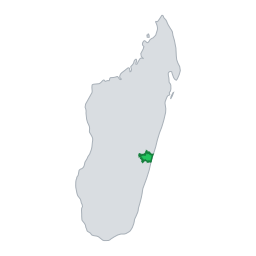 Nosy-Varika, Vatovavy-Fitovinany, Madagascar shown in context
{"feature_id": "10022922B12403701465046", "entity_name": "Nosy-Varika", "entity_type": "district", "adm_level": 2, "iso_a3": "MDG", "parent_name": "Madagascar", "parent_adm1": "Vatovavy-Fitovinany", "projection": "robinson", "projection_center": [48.047, -20.536], "detail": "fine", "context": "in_parent", "style": "filled", "palette": "green", "viewbox_px": 256, "rotation_deg": 0, "n_neighbors": 0, "source": "geoboundaries", "source_scale": "gbopen_adm2", "svg_char_len": 6226}
<svg xmlns="http://www.w3.org/2000/svg" viewBox="0 0 256 256"><path d="M166.6,21.2L167.3,23.0L168.1,24.7L170.5,28.7L171.6,30.3L172.4,31.9L172.9,35.2L174.4,40.4L175.9,48.1L176.3,56.0L176.7,59.7L177.9,63.1L179.7,66.6L180.3,70.6L179.2,74.6L177.5,78.5L177.1,79.2L176.3,80.2L176.0,80.1L174.6,79.1L173.6,77.5L172.2,73.7L171.7,71.8L171.1,71.5L169.5,71.6L168.4,72.8L168.2,73.6L168.4,75.7L168.8,77.7L169.0,79.6L169.1,82.1L169.5,82.9L170.1,83.5L170.8,85.1L170.9,88.9L170.5,90.9L169.3,92.6L169.4,93.5L169.8,94.4L169.4,95.0L167.9,95.7L167.3,96.4L166.5,98.1L165.2,101.5L165.0,103.3L165.8,108.7L165.6,112.5L163.9,119.8L162.9,123.3L161.6,127.5L159.5,132.9L157.4,139.8L155.7,146.8L154.4,151.1L152.9,155.3L150.9,162.6L149.2,170.1L146.6,178.4L143.2,187.6L142.8,188.8L142.1,193.5L141.3,197.6L140.3,201.6L138.4,208.3L138.2,210.3L137.7,212.3L135.9,216.5L135.1,218.1L134.5,219.7L134.2,221.8L133.7,223.8L132.3,227.6L130.3,230.8L128.9,231.9L125.9,233.6L124.3,234.0L121.0,234.0L117.7,235.0L114.3,236.8L111.0,238.9L109.8,239.9L108.4,240.5L104.1,240.6L102.8,240.2L98.4,236.7L96.7,236.1L93.5,235.6L92.6,235.3L91.7,234.9L90.4,233.1L87.8,231.5L87.2,231.0L86.8,230.0L86.5,228.8L85.9,227.6L85.4,225.1L84.5,223.4L82.1,220.4L81.9,219.4L81.7,216.2L81.7,214.1L81.5,210.1L81.7,208.2L82.5,206.6L82.2,204.7L81.3,202.8L80.9,200.9L80.3,199.1L77.8,195.8L77.2,194.2L76.8,192.6L75.8,187.4L75.7,185.6L75.8,181.8L76.1,179.9L76.7,178.5L76.8,177.5L77.2,176.6L77.8,175.9L78.2,175.1L79.1,170.3L80.3,169.2L82.0,168.6L83.4,167.3L84.2,165.6L85.0,162.1L87.1,158.6L87.9,156.7L89.7,154.0L91.2,150.0L91.7,148.2L92.0,146.3L92.4,142.2L92.7,140.1L92.6,138.1L91.7,136.0L89.5,132.2L89.4,131.5L89.6,128.6L89.4,126.6L88.6,124.6L87.6,122.6L86.6,119.0L86.0,113.1L86.1,111.0L85.8,109.1L85.1,107.2L85.6,104.1L92.0,92.6L92.2,91.2L91.9,87.7L92.0,85.7L92.2,84.9L92.7,84.5L93.8,84.2L99.0,83.7L99.7,83.4L101.0,82.4L102.8,80.5L103.6,80.0L104.3,80.2L104.8,81.0L105.3,81.4L107.4,80.6L108.2,80.6L109.1,80.7L109.5,79.9L109.7,78.9L110.0,78.1L110.5,77.7L113.3,77.5L115.0,77.2L117.2,76.5L117.7,76.6L119.5,79.2L120.1,79.5L120.8,79.6L121.4,79.1L119.9,77.7L119.7,76.9L119.8,76.0L120.5,74.1L121.8,72.7L124.7,70.5L127.8,68.0L128.6,67.8L129.4,68.2L130.0,71.2L129.9,71.7L130.4,71.7L130.9,71.4L131.4,70.2L131.5,69.2L131.1,68.2L130.9,67.4L130.8,66.6L132.4,64.9L133.6,63.2L134.1,61.2L134.6,60.2L135.9,59.2L136.3,59.3L136.6,60.2L136.7,61.1L136.4,62.0L135.9,62.9L135.8,64.1L136.5,64.3L137.1,64.0L138.1,61.9L139.3,59.8L139.9,58.8L140.8,58.1L142.2,58.2L143.6,58.7L141.3,56.5L140.8,53.6L143.4,48.6L143.5,47.5L143.8,47.2L144.0,46.8L142.6,45.1L142.4,44.2L142.6,42.9L143.2,41.8L143.8,41.0L144.7,40.7L145.3,41.1L146.8,42.5L147.8,42.7L149.0,41.4L150.0,39.7L151.5,38.6L153.2,37.8L155.7,35.2L157.4,29.7L157.5,28.0L157.2,26.1L156.6,24.2L155.6,21.9L155.9,21.4L157.3,21.7L157.7,21.4L159.3,19.3L161.8,15.4L162.6,15.4L163.3,16.1L163.6,17.2L164.1,18.0L165.8,19.8L166.6,21.2ZM149.1,36.8L149.1,37.4L147.2,37.2L146.9,35.1L147.8,35.0L148.0,34.1L148.6,34.0L149.2,35.9L149.1,36.8ZM172.3,95.9L170.6,99.0L171.1,96.4L173.0,92.7L173.6,92.4L172.3,95.9Z" fill="#d9dde1" stroke="#a8b0b8" stroke-width="1"/><path d="M139.2,155.8L139.3,155.8L139.3,156.0L139.4,155.9L139.5,156.0L139.6,155.9L139.7,156.0L139.7,156.3L139.8,156.5L140.0,156.3L140.0,156.2L140.2,156.3L140.3,156.4L140.5,156.4L140.5,156.5L140.6,156.9L140.8,157.0L141.0,157.1L141.0,157.4L141.0,157.6L141.1,157.9L141.0,158.0L140.9,158.2L141.0,158.2L141.0,158.4L141.1,158.6L141.3,158.6L141.2,158.8L141.4,159.0L141.5,159.1L141.8,159.2L142.0,159.2L142.0,159.3L142.1,159.1L142.2,159.4L142.4,159.4L142.3,159.6L142.4,159.8L142.4,160.0L142.5,160.2L142.5,160.4L142.5,160.5L142.4,161.2L142.3,161.3L142.2,161.4L142.0,161.5L142.1,161.8L142.1,161.7L142.2,161.8L142.2,161.7L142.3,161.7L142.6,161.4L142.8,161.5L142.9,161.8L143.0,161.9L143.2,161.7L143.3,161.6L143.5,161.6L143.7,161.4L143.6,161.1L143.5,160.9L143.6,160.7L143.7,160.4L143.6,160.2L143.8,160.1L144.0,160.2L144.1,160.3L144.2,160.5L144.3,160.4L144.6,160.3L144.9,160.2L145.1,160.2L145.2,160.3L145.3,160.3L145.4,160.1L145.5,160.2L145.6,160.4L145.6,160.5L145.8,160.6L146.1,160.6L146.4,160.7L146.4,160.8L146.5,160.9L146.7,161.0L146.8,161.0L147.0,161.1L147.1,161.3L147.1,161.2L147.3,161.3L147.5,161.4L147.5,161.5L147.6,161.4L147.8,161.4L147.8,161.8L147.9,162.0L148.0,162.0L147.9,161.9L148.0,161.7L148.3,161.2L148.5,161.1L148.9,161.1L148.9,161.5L149.0,161.5L149.1,161.4L149.4,161.2L149.5,161.2L149.9,161.2L150.0,161.2L150.0,161.3L150.2,161.5L150.3,161.7L150.4,161.8L150.5,161.7L150.8,161.8L151.0,161.7L151.1,161.1L151.1,160.9L151.2,160.5L151.5,159.0L151.7,158.5L151.9,157.5L152.0,157.1L152.3,156.2L152.6,155.2L152.7,154.8L152.8,154.6L152.5,154.7L152.3,154.7L152.2,154.8L152.2,154.7L152.0,154.4L151.9,154.3L151.8,154.2L151.7,154.2L151.5,154.3L151.5,154.5L151.4,154.5L151.1,154.4L150.9,154.5L150.8,154.4L150.7,154.4L150.5,154.2L150.4,154.0L150.2,154.0L150.2,153.7L149.9,153.7L149.9,153.9L149.8,154.0L149.7,154.0L149.6,153.9L149.6,153.7L149.4,153.6L149.6,153.4L149.7,153.2L149.8,152.9L149.7,152.7L149.4,152.8L149.3,152.6L149.2,152.6L149.1,152.4L148.9,152.6L148.7,152.6L148.4,152.9L148.3,152.7L148.2,152.8L148.2,152.7L148.1,152.8L147.9,152.8L147.7,152.7L147.5,152.4L147.4,152.3L147.3,152.2L147.2,152.2L147.1,151.9L146.9,151.8L146.9,151.6L147.0,151.6L147.0,151.4L147.0,151.2L146.9,151.2L146.7,151.3L146.6,151.2L146.6,151.3L146.5,151.2L146.3,151.2L146.2,151.4L146.2,151.6L146.0,151.8L146.1,152.0L146.1,152.3L146.0,152.5L145.9,152.6L145.8,152.8L145.7,152.9L145.8,153.0L145.7,153.0L145.6,153.4L145.5,153.6L145.4,153.7L145.4,153.8L145.3,154.0L145.2,154.2L145.3,154.3L145.2,154.4L145.1,154.6L145.2,154.8L145.1,155.1L144.8,155.1L144.7,154.9L144.6,154.7L144.4,154.6L144.2,154.6L144.2,154.4L144.1,154.5L143.9,154.4L143.6,154.4L143.5,154.6L143.4,154.6L143.3,154.8L143.2,154.9L143.1,155.0L143.0,154.9L142.9,154.9L142.8,155.0L142.7,154.9L142.5,154.7L142.4,154.8L142.2,154.7L142.2,154.8L141.9,155.0L141.7,155.1L141.4,155.1L141.4,155.3L141.2,155.3L140.9,155.3L140.7,155.3L140.7,155.2L140.6,154.9L140.5,155.0L140.3,154.8L140.3,154.6L140.2,154.4L139.9,154.4L139.7,154.4L139.6,154.2L139.6,153.9L139.4,153.9L139.3,154.0L139.2,154.1L139.1,154.3L139.2,154.6L139.2,154.8L139.1,155.0L139.0,155.3L139.0,155.6L139.2,155.8Z" fill="#22c55e" stroke="#15803d" stroke-width="1.5"/></svg>